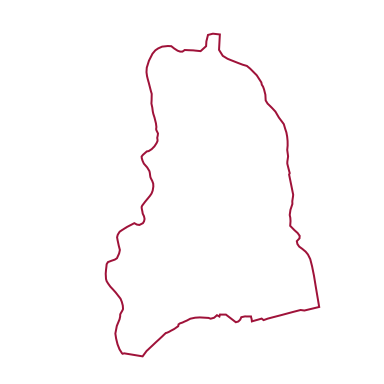 the district of Al-Qardaha, Lattakia, Syria, rotated 78°
{"feature_id": "27442178B45607569668873", "entity_name": "Al-Qardaha", "entity_type": "district", "adm_level": 2, "iso_a3": "SYR", "parent_name": "Syria", "parent_adm1": "Lattakia", "projection": "equal_earth", "projection_center": [36.094, 35.442], "detail": "fine", "context": "isolated", "style": "outline", "palette": "rose", "viewbox_px": 384, "rotation_deg": 78, "n_neighbors": 0, "source": "geoboundaries", "source_scale": "gbopen_adm2", "svg_char_len": 3066}
<svg xmlns="http://www.w3.org/2000/svg" viewBox="0 0 384 384"><g transform="rotate(78 192 192)"><path d="M330.9,91.5L309.7,90.6L299.4,90.1L289.6,90.0L282.2,90.3L277.2,91.6L273.9,93.3L272.4,94.5L270.6,95.9L267.7,98.5L264.8,99.7L261.9,99.7L259.7,96.5L257.3,95.8L254.1,97.2L250.4,99.9L245.5,103.0L241.0,101.7L237.7,101.2L234.8,101.2L229.9,99.4L224.6,96.3L221.8,95.8L217.3,94.1L215.7,93.6L206.2,93.5L195.1,93.4L193.9,92.5L189.9,92.7L184.1,92.9L182.0,92.4L179.6,91.5L177.1,90.6L170.6,90.1L166.5,88.8L162.0,87.9L157.5,87.4L153.4,87.3L149.7,87.7L144.7,88.1L137.3,91.5L130.7,93.7L126.5,96.2L121.2,99.7L117.8,100.9L112.1,100.0L106.6,100.2L103.7,100.6L101.6,101.4L99.2,101.4L91.3,104.4L83.4,109.5L80.1,112.1L78.0,116.0L75.5,119.9L71.2,126.4L69.1,129.5L65.2,133.6L58.6,136.0L43.7,132.0L41.5,138.6L41.7,143.7L47.6,146.6L52.3,147.9L56.0,154.3L54.5,159.0L54.0,160.5L53.7,161.4L52.9,164.6L51.6,169.6L52.7,172.2L52.2,174.4L50.8,176.7L47.9,179.6L45.1,181.9L44.2,185.2L43.6,191.0L44.5,195.2L45.8,198.4L48.6,202.0L48.9,202.2L54.6,206.8L61.0,210.4L65.3,211.6L69.3,211.9L72.7,211.8L73.8,211.7L74.3,211.7L74.7,211.7L75.5,211.6L85.1,211.2L87.6,211.0L89.8,211.5L94.1,212.5L97.0,213.3L101.2,213.3L105.0,213.6L107.5,213.6L111.3,213.2L117.4,213.0L121.0,213.3L123.0,214.0L124.1,214.0L127.7,213.1L129.7,213.8L131.9,214.8L133.3,214.8L134.9,215.1L136.8,216.5L139.5,219.2L141.7,222.5L143.0,225.9L142.9,227.8L143.6,229.0L145.4,232.2L146.8,233.9L148.3,234.1L151.0,233.9L154.2,233.2L158.7,230.7L162.8,229.3L164.8,229.3L167.0,229.5L168.8,229.6L170.4,229.3L172.9,228.6L175.8,228.2L178.7,228.7L182.5,230.2L185.1,231.9L187.1,234.0L191.7,239.8L195.0,243.6L196.2,244.4L197.9,244.6L200.9,244.6L202.9,244.7L205.8,244.0L208.5,244.0L210.7,245.0L212.3,246.5L213.3,250.3L212.4,252.7L210.5,254.9L212.7,262.9L214.6,268.1L215.8,271.0L217.3,272.5L218.4,273.5L219.1,273.9L219.8,274.2L220.7,274.7L223.6,274.8L229.0,274.8L233.7,274.6L235.5,275.4L237.0,276.1L241.2,279.2L242.1,281.6L242.5,285.0L242.7,286.3L243.1,288.8L244.9,290.5L247.4,291.3L250.0,292.2L254.0,293.4L259.2,294.2L261.6,294.0L264.3,293.0L267.5,291.6L270.5,289.8L274.3,287.6L281.5,284.1L284.9,283.5L288.7,283.3L292.1,283.8L292.4,284.0L293.4,284.7L295.6,286.7L296.7,287.6L297.7,287.9L298.7,288.1L301.4,289.3L303.6,290.8L307.4,293.4L314.5,296.4L319.5,296.7L325.5,296.5L330.9,295.6L335.2,294.0L335.8,293.5L335.7,291.9L338.5,284.7L342.5,274.5L338.0,269.4L336.8,267.3L336.7,267.2L335.6,265.4L333.5,261.9L331.3,258.3L328.9,254.2L324.5,247.0L324.5,246.1L324.3,245.0L324.1,244.0L323.8,242.9L323.4,241.8L322.9,240.0L322.4,238.2L322.2,237.7L320.4,233.4L318.7,232.7L318.0,231.1L317.7,228.4L317.5,227.6L317.2,226.4L316.7,223.8L315.6,220.0L315.6,215.1L316.3,210.4L318.6,202.0L319.8,200.1L319.6,196.6L318.7,194.9L317.7,193.2L319.5,191.1L317.7,190.1L319.0,184.3L328.5,176.2L328.3,173.6L326.9,171.4L324.7,169.8L324.7,166.0L325.2,164.1L326.0,160.2L327.4,160.2L328.8,160.1L331.0,160.3L330.7,155.9L330.6,154.0L330.3,150.2L332.2,148.6L331.6,144.1L331.4,140.1L331.0,130.8L330.3,117.5L330.0,110.3L331.3,106.7L330.9,91.5Z" fill="none" stroke="#9f1239" stroke-width="2"/></g></svg>